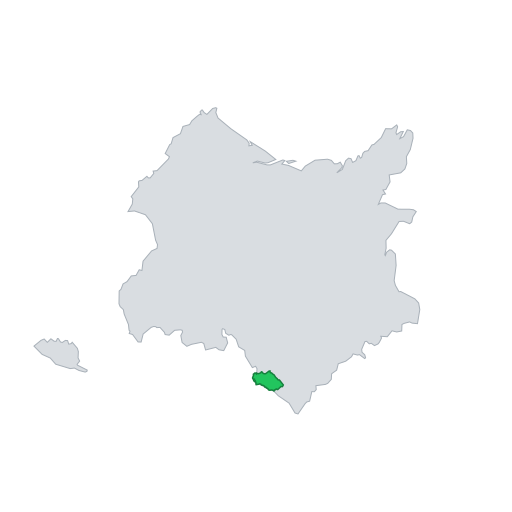 France, with Haute-Rhin highlighted, rotated 111°
{"feature_id": "FRA-5296", "entity_name": "Haute-Rhin", "entity_type": "Metropolitan department", "adm_level": 1, "iso_a3": "FRA", "parent_name": "France", "parent_adm1": "", "projection": "albers", "projection_center": [7.305, 47.86], "detail": "fine", "context": "in_parent", "style": "filled", "palette": "green", "viewbox_px": 512, "rotation_deg": 111, "n_neighbors": 0, "source": "natural_earth", "source_scale": "10m", "svg_char_len": 5695}
<svg xmlns="http://www.w3.org/2000/svg" viewBox="0 0 512 512"><g transform="rotate(111 256 256)"><path d="M376.4,209.8L373.5,211.4L371.7,214.7L369.8,215.5L366.5,215.5L364.8,213.4L360.8,214.7L359.1,216.9L361.5,219.4L353.3,230.0L348.2,232.7L347.0,239.6L340.8,244.7L338.4,250.1L338.2,251.2L339.7,253.0L339.0,256.6L335.8,258.8L335.8,261.1L336.7,261.4L341.5,259.7L343.4,257.6L342.5,254.7L347.3,251.3L355.9,252.2L356.8,256.9L355.7,260.8L361.8,269.4L356.4,273.4L356.1,276.0L361.6,284.6L365.1,288.2L363.2,294.0L357.2,297.7L353.4,297.3L351.8,298.3L352.0,300.1L354.5,305.3L361.0,308.7L361.9,312.7L360.1,314.1L357.1,320.0L358.4,323.0L357.9,324.3L358.5,326.3L360.2,328.3L369.3,333.4L377.5,332.4L378.5,335.3L373.5,343.1L373.8,346.6L371.3,346.7L370.8,347.9L365.7,350.5L357.4,358.3L353.6,360.6L352.0,364.6L349.7,366.8L337.7,371.2L335.5,370.1L329.7,370.1L326.1,367.2L319.3,365.3L317.1,361.0L310.7,360.1L310.4,357.3L301.3,359.6L288.7,355.3L284.4,351.1L280.7,352.0L277.2,355.4L263.0,364.3L257.1,374.0L257.5,385.6L260.4,391.4L251.9,390.1L246.8,391.5L245.3,393.8L233.5,390.2L228.9,392.3L227.7,392.0L226.3,389.5L220.7,386.4L221.7,384.5L221.0,382.8L215.6,381.0L213.6,382.5L211.8,379.0L196.8,372.5L194.3,372.4L192.9,377.5L183.0,376.5L181.6,375.4L175.2,375.9L168.9,370.4L161.2,370.6L157.1,365.1L152.7,364.3L146.7,361.1L143.9,359.4L143.7,357.9L141.6,359.9L139.3,359.1L138.9,358.4L140.7,355.8L141.4,352.6L133.8,349.3L132.0,346.8L132.1,345.5L136.5,344.9L140.8,340.9L146.2,325.1L150.9,306.2L153.2,302.8L155.7,302.1L154.0,299.2L151.3,302.4L154.7,285.0L158.8,272.1L164.6,278.2L165.9,280.7L166.9,288.8L170.2,292.4L168.2,289.0L167.0,278.3L165.8,275.2L156.7,265.3L156.6,263.3L160.9,264.8L159.8,258.1L160.3,244.2L154.4,242.2L145.4,235.2L140.0,223.9L139.7,219.9L141.9,215.9L140.7,213.1L138.2,211.0L140.8,207.7L142.7,207.5L149.4,210.4L144.2,206.4L134.9,206.4L131.5,204.7L131.1,202.2L134.0,199.3L131.2,196.9L126.0,196.7L125.4,195.8L127.3,193.7L126.1,192.7L121.7,193.0L119.4,192.0L117.5,189.1L110.8,187.6L109.5,185.8L100.6,181.5L90.7,180.6L88.7,175.0L83.2,171.6L84.6,170.1L90.8,169.5L92.2,168.2L88.2,165.5L87.0,163.1L94.9,163.8L91.7,161.0L84.0,160.0L83.5,156.7L85.0,153.7L89.8,151.6L101.4,150.1L109.4,151.2L115.6,148.4L121.4,148.2L126.5,150.7L132.6,160.7L138.8,157.4L147.4,158.6L148.9,161.1L151.7,157.3L153.4,159.9L164.0,160.3L161.7,158.4L160.2,154.4L161.4,140.2L157.3,129.3L156.4,125.5L157.1,122.3L163.2,123.6L168.5,122.8L170.8,124.1L170.7,130.7L172.5,134.8L186.7,137.5L194.8,140.3L202.1,137.3L208.7,136.2L209.3,135.4L205.6,135.4L202.3,133.4L202.0,131.6L204.2,126.6L214.6,121.8L229.5,118.2L233.5,115.3L238.1,109.7L237.3,108.2L239.1,92.3L241.6,87.3L247.3,83.9L261.3,81.0L262.7,86.2L262.5,89.0L265.9,93.7L267.6,95.2L273.8,93.1L276.5,97.4L277.1,102.2L284.3,104.5L286.2,110.7L287.6,109.4L292.2,109.9L294.3,110.5L297.2,113.3L296.2,117.0L297.4,118.8L296.0,122.1L296.8,123.6L305.3,123.9L307.9,122.5L309.2,119.1L311.8,117.2L312.8,117.8L311.0,124.1L312.1,125.7L312.6,130.3L315.8,130.7L322.0,134.5L327.1,140.6L333.7,139.8L338.8,143.2L344.2,141.5L349.2,143.4L351.0,145.2L355.6,153.6L359.2,151.9L361.8,152.9L362.6,155.3L372.3,153.9L374.1,156.3L376.1,157.2L388.4,160.2L388.6,163.3L381.5,172.4L378.5,185.1L376.4,189.6L375.6,192.9L376.2,195.1L375.8,198.6L374.3,206.9L375.2,209.3L376.4,209.8ZM426.3,380.2L425.7,385.4L427.7,389.1L428.8,404.2L425.0,411.5L424.5,420.4L419.7,431.0L411.8,426.5L409.4,424.0L411.4,419.9L406.8,417.8L407.9,413.9L407.3,412.0L404.2,411.8L404.0,410.8L406.3,407.8L406.2,405.9L403.1,403.7L402.5,401.6L405.4,399.2L404.0,397.1L402.4,396.7L406.2,389.7L408.9,387.6L414.9,385.6L417.3,383.0L421.3,384.2L421.9,383.6L423.0,372.7L424.3,372.5L425.6,373.9L426.3,380.2ZM157.9,258.6L156.7,261.6L153.4,255.8L153.2,252.8L157.9,258.6Z" fill="#d9dde1" stroke="#a8b0b8" stroke-width="1"/><path d="M375.5,190.8L375.5,191.1L375.3,191.8L375.4,193.3L376.4,195.1L376.5,196.2L376.3,196.6L375.6,197.3L375.5,197.8L375.5,198.4L375.5,198.5L375.3,198.9L375.3,199.1L375.1,199.2L375.0,199.4L375.0,199.5L375.0,199.9L375.1,200.5L375.1,200.9L374.8,201.1L374.6,201.3L374.3,202.4L374.2,202.9L374.5,204.2L374.5,204.8L374.4,205.0L374.0,205.4L373.9,205.7L374.0,206.4L374.1,206.8L374.1,207.0L374.5,207.2L374.8,207.6L375.4,208.7L375.5,208.9L375.7,209.0L375.8,209.2L375.9,209.6L375.7,210.0L374.8,210.4L374.3,210.7L374.1,210.8L373.2,211.6L373.3,211.6L373.7,211.9L373.8,211.9L373.8,212.3L373.7,212.5L373.2,212.5L373.1,212.8L373.3,213.1L373.3,213.3L373.2,213.4L372.9,213.7L372.5,213.7L372.3,213.6L372.2,213.5L371.8,213.4L371.6,213.4L371.6,213.7L371.7,213.9L371.8,214.0L371.9,214.3L371.9,214.7L371.7,214.8L371.4,215.3L370.9,215.5L370.7,215.6L369.7,215.5L369.0,215.5L368.4,215.6L367.5,216.0L367.3,216.1L367.1,216.0L367.0,215.9L366.9,215.7L366.1,215.4L365.6,215.1L365.5,214.5L365.9,213.5L365.3,213.6L365.0,213.5L365.1,213.1L365.2,212.8L365.2,212.6L365.2,212.4L365.2,212.2L365.1,211.9L365.0,211.6L364.8,211.3L363.5,209.8L363.2,209.7L362.9,209.6L362.7,209.6L362.3,209.5L362.1,209.3L362.1,209.0L362.1,208.8L362.2,208.7L362.6,208.1L362.7,207.8L362.8,207.6L362.9,207.4L363.0,207.1L363.0,206.9L363.0,206.6L362.9,205.8L362.8,205.4L362.5,205.0L362.1,204.6L358.8,202.6L358.6,202.4L358.5,202.2L358.4,201.6L358.7,201.6L359.4,201.2L359.6,201.0L359.8,200.8L359.8,200.4L359.7,200.1L359.6,199.9L359.6,199.6L359.6,199.4L360.0,198.6L360.2,198.1L360.3,197.8L360.3,197.5L360.4,197.0L360.5,196.7L360.6,196.3L361.5,195.2L361.8,194.8L362.3,194.0L363.0,192.1L363.6,191.4L363.7,191.1L363.7,190.7L363.6,190.4L363.5,190.2L363.4,189.9L363.4,189.7L363.6,189.3L366.6,184.3L367.9,184.4L368.6,184.7L368.9,185.9L372.8,187.8L373.0,188.1L372.9,188.5L372.8,189.0L372.9,189.4L373.2,189.7L373.6,189.7L373.9,189.8L374.2,190.6L374.6,190.8L375.5,190.8Z" fill="#22c55e" stroke="#15803d" stroke-width="1.5"/></g></svg>